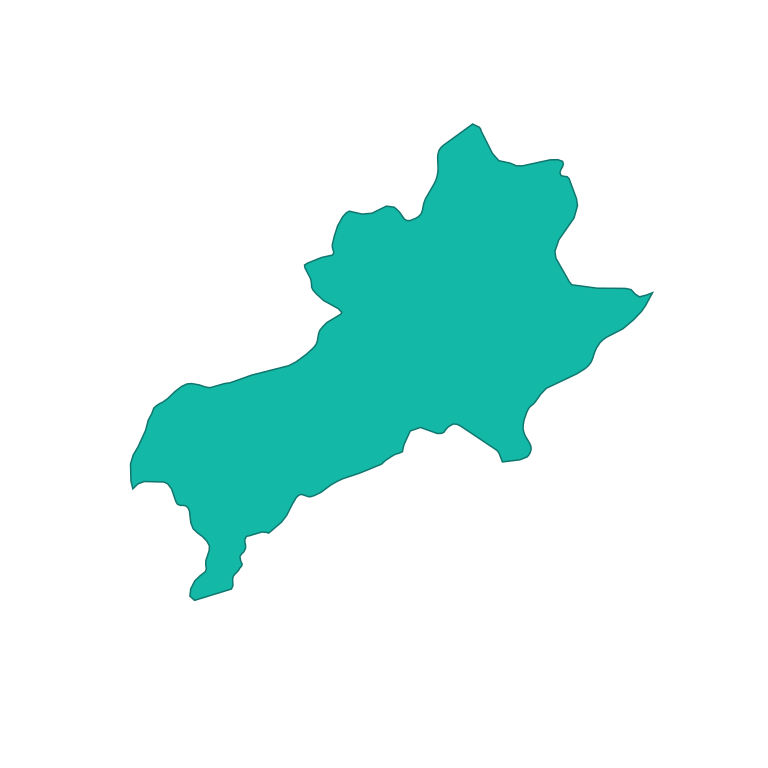 outline of Janakpur, rotated 210°
{"feature_id": "NPL-1131", "entity_name": "Janakpur", "entity_type": "Administrative Zone", "adm_level": 1, "iso_a3": "NPL", "parent_name": "Nepal", "parent_adm1": "", "projection": "robinson", "projection_center": [86.017, 27.361], "detail": "fine", "context": "isolated", "style": "filled", "palette": "teal", "viewbox_px": 768, "rotation_deg": 210, "n_neighbors": 0, "source": "natural_earth", "source_scale": "10m", "svg_char_len": 3219}
<svg xmlns="http://www.w3.org/2000/svg" viewBox="0 0 768 768"><g transform="rotate(210 384 384)"><path d="M439.9,101.9L446.0,103.2L449.0,110.1L449.4,118.9L447.4,126.0L444.9,132.0L445.5,135.3L447.8,138.0L450.0,142.0L452.1,152.3L454.2,156.5L458.6,159.2L458.8,159.3L464.9,161.1L471.1,161.8L476.9,163.2L481.9,167.2L489.0,176.7L491.9,178.8L494.9,179.4L497.3,178.4L499.8,177.0L502.6,176.6L505.3,178.0L515.5,186.9L521.4,189.4L525.5,189.1L536.6,183.1L543.1,179.5L547.2,174.3L549.1,167.6L554.6,173.4L563.6,188.1L565.7,197.2L565.6,206.8L567.3,224.8L570.1,234.8L570.3,242.2L571.3,248.0L570.1,251.7L568.7,254.4L566.4,258.0L564.1,263.1L561.1,273.5L558.0,280.8L554.7,285.5L550.8,288.2L543.7,290.8L537.3,292.1L534.4,293.1L532.3,294.3L522.4,304.6L518.0,308.0L502.9,325.7L475.8,352.1L471.2,359.2L466.0,371.2L463.5,379.1L462.8,382.3L462.7,385.1L463.2,387.7L466.0,395.5L466.4,398.6L465.7,403.0L464.2,408.7L456.4,422.7L456.4,425.0L461.3,426.4L478.2,426.1L488.0,428.3L492.6,429.9L495.1,431.7L497.1,434.8L499.3,437.5L500.7,438.8L510.2,444.8L511.5,446.2L512.3,447.3L510.5,450.7L501.3,462.4L493.1,469.9L493.0,471.9L493.9,473.6L495.5,474.9L496.9,476.4L498.3,478.5L501.0,487.3L503.2,497.6L503.4,508.0L502.3,513.2L500.5,516.3L487.7,520.3L479.7,526.0L470.9,539.2L463.6,542.2L460.7,541.7L456.7,540.7L448.8,537.0L446.0,537.0L443.3,538.4L439.2,543.6L437.9,546.2L437.2,548.5L437.0,550.8L437.4,553.0L439.9,560.4L440.7,564.9L440.7,582.7L441.0,586.4L441.8,590.0L443.1,594.0L445.1,598.0L450.6,606.6L452.2,610.0L453.2,614.2L452.8,617.6L451.8,620.7L437.6,652.6L437.2,653.5L436.7,653.5L429.8,654.0L427.9,653.2L426.4,651.7L405.4,637.9L396.2,634.8L385.4,638.3L378.2,639.2L372.9,642.4L352.2,661.2L345.6,665.2L340.7,666.1L338.6,664.1L338.0,661.3L338.0,658.2L337.4,655.2L335.0,653.0L332.1,653.8L329.0,655.1L326.3,654.3L309.9,640.7L305.6,635.2L302.4,622.7L304.7,596.4L302.3,584.3L298.0,578.9L274.3,565.0L271.0,563.8L247.0,573.7L233.7,581.3L222.7,587.5L217.2,589.3L211.7,587.5L206.4,587.2L201.4,592.0L197.1,597.3L197.1,597.2L196.7,582.7L197.3,575.5L200.0,564.3L204.7,551.3L214.6,535.9L216.4,532.0L217.6,527.9L218.0,521.7L217.5,517.2L216.9,513.9L216.3,511.8L215.8,508.7L215.6,505.9L216.2,501.8L217.6,497.8L222.0,489.4L241.3,461.4L243.2,453.4L244.0,444.3L244.6,441.6L245.2,439.8L246.0,438.2L246.5,435.2L246.3,431.2L244.7,422.9L243.0,418.2L241.3,415.0L239.8,413.2L238.0,411.4L235.6,409.6L228.2,405.5L225.5,403.4L224.0,401.1L223.1,398.0L223.1,394.8L223.6,392.4L228.4,386.3L242.5,375.7L249.1,381.1L251.0,382.2L253.1,383.0L296.7,385.9L300.8,385.6L304.1,383.9L306.9,379.1L307.7,375.5L307.9,372.4L309.5,370.0L313.0,367.8L330.7,364.6L337.8,356.4L336.4,342.0L335.9,339.8L334.3,334.8L334.3,334.7L334.2,334.6L335.8,332.3L339.2,328.6L341.1,325.3L344.5,318.5L346.0,313.5L360.4,294.8L372.3,281.4L375.9,276.2L379.6,269.9L384.4,258.7L388.6,252.5L391.5,249.4L393.3,248.6L400.2,247.2L402.1,245.3L403.2,241.9L403.3,234.2L402.6,221.5L403.7,213.1L409.3,197.2L411.4,196.8L415.7,194.8L425.2,184.8L426.9,183.4L426.7,179.7L425.2,177.2L423.2,175.1L421.7,172.4L421.5,168.5L422.4,165.4L422.5,162.5L419.8,159.3L416.7,157.0L416.3,155.0L416.8,152.7L416.8,149.8L418.2,143.8L418.4,141.9L417.4,139.1L414.0,133.8L413.6,130.2L439.9,101.9Z" fill="#14b8a6" stroke="#0f766e" stroke-width="1.5"/></g></svg>